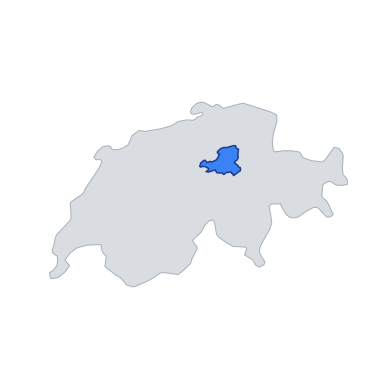 location of Schwyz within Switzerland, rotated 349°
{"feature_id": "CHE-173", "entity_name": "Schwyz", "entity_type": "Canton", "adm_level": 1, "iso_a3": "CHE", "parent_name": "Switzerland", "parent_adm1": "", "projection": "equal_earth", "projection_center": [8.712, 47.055], "detail": "fine", "context": "in_parent", "style": "filled", "palette": "blue", "viewbox_px": 384, "rotation_deg": 349, "n_neighbors": 0, "source": "natural_earth", "source_scale": "10m", "svg_char_len": 3987}
<svg xmlns="http://www.w3.org/2000/svg" viewBox="0 0 384 384"><g transform="rotate(349 192 192)"><path d="M282.8,127.5L284.9,128.7L289.8,132.6L288.7,139.2L283.1,150.0L280.2,158.7L279.9,165.3L280.5,168.5L281.5,168.4L286.9,168.9L289.6,168.9L298.2,170.7L305.2,173.3L306.5,176.1L307.4,179.5L315.7,184.2L325.2,187.2L328.3,186.2L339.9,175.3L344.5,177.2L347.3,182.9L347.2,186.0L344.1,197.6L343.6,203.8L346.4,207.9L346.7,211.1L345.9,214.1L341.3,214.3L335.0,212.8L329.6,207.7L325.6,208.3L322.1,209.6L320.4,214.4L318.8,220.1L319.4,223.2L321.9,225.6L323.9,230.8L325.3,237.5L326.4,240.6L325.2,242.0L321.9,242.9L319.2,242.0L314.3,234.0L312.0,230.9L308.2,230.4L301.6,232.3L291.3,236.8L287.1,236.8L283.6,235.9L280.3,232.1L277.5,224.7L276.5,220.1L274.6,220.3L268.0,218.9L264.9,220.8L264.9,228.3L264.4,237.6L261.1,243.7L251.9,254.2L248.5,258.7L247.2,262.0L246.9,264.9L248.3,269.8L250.3,274.5L248.7,277.2L243.8,278.6L240.4,275.8L239.0,270.7L231.6,263.7L235.0,257.9L234.4,256.4L222.1,253.4L216.8,249.0L209.4,241.3L208.0,238.0L208.3,227.2L207.9,224.6L206.9,223.4L203.3,223.5L198.3,227.2L193.7,232.8L184.2,239.0L183.2,240.4L186.4,246.5L186.2,248.9L178.5,258.7L177.0,261.9L167.2,268.1L162.7,270.4L149.2,265.8L145.4,265.3L139.3,268.3L130.7,271.2L116.9,274.1L111.8,272.0L109.4,270.0L108.2,267.1L104.8,261.8L100.9,258.7L98.2,255.3L94.6,251.6L92.3,248.5L95.5,238.7L93.3,235.2L92.2,230.2L92.8,226.9L91.6,226.1L79.2,224.2L68.8,224.8L61.4,228.1L55.2,233.5L54.5,234.7L54.8,235.7L57.8,240.7L52.6,246.0L44.7,250.2L39.2,250.6L36.7,249.8L36.7,244.1L41.3,242.0L45.5,238.3L47.0,233.1L47.6,229.4L43.3,225.0L43.8,222.3L46.6,217.1L48.3,212.6L50.5,208.6L59.2,202.2L67.9,195.8L69.3,188.9L70.1,180.6L71.3,178.6L83.0,173.6L85.9,171.6L87.4,168.8L96.7,159.5L105.8,150.3L107.7,147.2L109.2,145.4L109.2,143.9L108.1,142.7L103.8,142.0L102.4,139.0L107.1,133.8L113.0,130.6L118.7,130.6L120.9,132.0L120.8,133.8L123.2,135.6L127.5,136.2L132.9,135.6L138.2,133.6L141.5,129.0L143.4,125.5L151.7,121.5L157.3,123.5L173.1,124.0L184.5,123.0L191.7,120.2L200.6,120.2L206.6,121.8L207.6,121.5L209.3,121.2L210.9,119.7L216.5,118.7L217.3,117.5L217.0,116.3L216.0,115.6L209.1,116.3L206.5,115.3L205.8,113.1L208.0,109.3L213.1,106.1L217.4,105.4L220.5,106.2L228.1,112.0L229.9,112.2L231.0,111.2L232.5,110.6L235.2,111.7L238.1,115.3L238.6,115.9L255.5,114.6L259.3,114.6L270.8,120.9L282.8,127.5Z" fill="#d9dde1" stroke="#a8b0b8" stroke-width="1"/><path d="M223.4,178.8L222.9,178.7L221.4,178.2L220.8,178.1L220.4,178.0L219.9,177.6L219.6,176.8L219.3,175.5L219.2,175.2L218.9,175.0L218.6,174.9L216.6,175.0L211.6,175.6L210.0,174.6L212.2,173.5L212.5,173.1L212.7,172.4L212.5,172.0L212.2,171.6L209.6,169.5L206.8,168.8L205.8,169.3L205.0,168.9L204.6,168.5L204.5,168.0L204.6,167.7L205.2,167.1L205.5,166.8L205.6,166.5L205.6,166.0L205.7,165.7L205.9,165.4L206.3,165.1L208.4,163.9L209.1,163.5L209.8,163.2L210.3,163.3L211.0,163.4L212.2,165.8L215.8,165.5L216.1,165.6L216.4,165.7L217.0,166.2L217.6,166.2L218.4,166.1L220.0,165.6L220.9,165.4L221.8,165.1L222.6,164.6L224.5,162.5L225.1,161.2L226.3,160.1L225.0,159.3L224.9,158.8L224.5,158.3L224.4,158.2L224.4,157.9L224.5,157.7L224.6,157.4L225.0,157.0L225.7,156.5L228.4,154.9L231.3,154.4L235.1,155.0L241.6,154.4L243.7,155.0L243.6,155.9L243.5,156.4L243.5,156.6L244.0,157.4L245.8,159.0L244.5,162.7L244.5,163.2L244.3,164.2L244.1,164.6L243.8,165.1L244.0,166.2L243.9,166.9L243.2,168.1L242.7,168.8L242.1,169.4L240.4,170.1L239.6,170.7L239.2,171.6L240.2,172.4L242.2,174.9L242.2,175.0L242.0,175.3L242.0,175.6L242.3,176.1L242.6,176.4L243.7,177.0L244.0,177.4L244.1,178.0L243.9,179.2L243.5,180.3L242.1,180.9L238.9,182.5L238.6,182.6L236.9,183.3L236.5,183.7L236.2,183.8L235.9,183.6L235.7,183.1L235.7,182.1L235.5,181.8L235.1,181.8L234.7,181.4L234.5,181.1L234.4,180.7L234.5,180.3L234.3,179.9L233.8,179.8L231.8,179.8L231.2,179.7L230.7,179.4L230.4,179.2L229.9,179.3L229.1,179.7L228.5,179.9L227.9,180.2L227.2,180.7L226.7,180.8L226.3,180.7L225.8,180.1L225.5,179.1L225.3,178.8L224.9,178.7L223.4,178.8Z" fill="#3b82f6" stroke="#1e3a8a" stroke-width="1.5"/></g></svg>